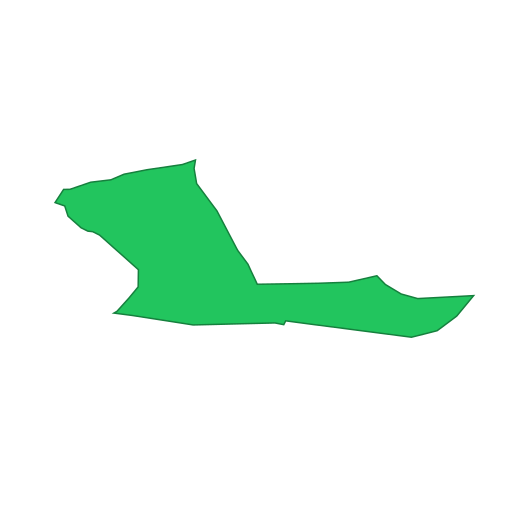 outline of Zaqaziq 2, Ash Sharqiyah, Egypt, rotated 52°
{"feature_id": "37247803B33284186287576", "entity_name": "Zaqaziq 2", "entity_type": "district", "adm_level": 2, "iso_a3": "EGY", "parent_name": "Egypt", "parent_adm1": "Ash Sharqiyah", "projection": "robinson", "projection_center": [31.509, 30.601], "detail": "fine", "context": "isolated", "style": "filled", "palette": "green", "viewbox_px": 512, "rotation_deg": 52, "n_neighbors": 0, "source": "geoboundaries", "source_scale": "gbopen_adm2", "svg_char_len": 956}
<svg xmlns="http://www.w3.org/2000/svg" viewBox="0 0 512 512"><g transform="rotate(52 256 256)"><path d="M213.5,403.1L226.7,390.1L251.1,367.2L254.3,364.2L271.6,348.0L282.6,333.2L293.5,318.5L300.4,309.2L320.4,282.3L327.2,276.4L325.4,272.5L346.3,252.0L348.2,250.1L415.7,183.5L422.0,169.3L426.4,159.2L426.8,141.7L426.9,134.7L423.8,120.6L421.2,108.9L411.7,122.5L389.1,154.8L375.3,165.0L358.1,171.6L346.0,172.9L333.7,199.1L316.2,223.2L301.0,243.4L282.0,268.5L279.0,272.4L274.4,271.3L265.5,269.3L257.5,267.4L240.5,267.0L238.0,266.6L216.1,262.6L196.4,259.0L182.8,258.7L171.4,258.4L162.4,258.2L148.9,250.9L143.1,244.6L138.6,257.7L120.9,288.8L114.2,302.0L110.3,309.6L106.6,323.5L96.1,340.8L92.5,351.2L88.9,361.6L85.1,366.6L90.2,381.5L98.8,375.9L108.9,379.6L126.0,376.5L132.9,373.2L136.3,369.7L143.2,366.4L155.7,364.1L160.3,363.3L171.1,361.3L194.4,357.1L207.8,367.9L210.9,382.0L214.0,399.6L213.5,403.1Z" fill="#22c55e" stroke="#15803d" stroke-width="1.5"/></g></svg>